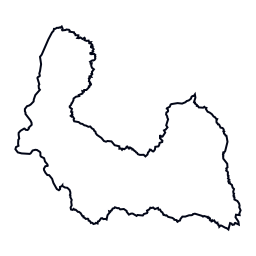 outline of Morales, Cauca, Colombia
{"feature_id": "7082276B40499260653390", "entity_name": "Morales", "entity_type": "district", "adm_level": 2, "iso_a3": "COL", "parent_name": "Colombia", "parent_adm1": "Cauca", "projection": "robinson", "projection_center": [-76.755, 2.844], "detail": "fine", "context": "isolated", "style": "outline", "palette": "ink", "viewbox_px": 256, "rotation_deg": 0, "n_neighbors": 0, "source": "geoboundaries", "source_scale": "gbopen_adm2", "svg_char_len": 5745}
<svg xmlns="http://www.w3.org/2000/svg" viewBox="0 0 256 256"><path d="M194.9,94.4L193.9,95.9L192.4,96.1L191.5,96.9L190.9,98.7L188.8,100.4L186.6,101.1L185.5,102.2L182.1,103.6L177.6,103.1L171.4,104.1L170.6,104.6L169.8,106.7L167.0,108.2L166.8,108.6L167.7,109.1L168.1,110.9L167.9,111.5L166.4,112.5L166.1,114.5L167.2,116.3L167.3,117.6L168.1,119.2L166.2,125.3L167.5,127.4L165.6,129.6L164.0,130.4L165.2,132.6L162.6,136.5L161.8,136.8L160.6,135.7L160.0,135.8L160.0,138.3L162.4,140.7L162.2,142.0L159.6,142.9L159.2,145.0L158.4,146.4L155.3,146.8L154.9,149.6L153.5,151.4L152.6,151.3L150.8,149.7L149.8,149.6L149.6,150.7L148.0,152.6L147.5,154.5L145.4,156.4L143.7,154.8L139.9,154.9L137.9,154.2L137.0,152.8L136.1,152.4L135.4,151.3L134.5,151.0L133.2,149.4L132.3,149.6L132.0,148.6L129.9,147.4L129.4,147.6L129.4,148.5L128.7,148.5L127.3,146.5L126.6,146.7L126.1,147.9L124.3,149.2L122.8,148.7L122.0,149.8L120.8,148.4L119.4,148.7L119.3,146.3L114.6,145.2L111.5,141.4L107.5,141.0L106.0,141.7L103.9,141.0L101.4,137.9L97.0,134.9L95.8,133.3L95.4,131.6L94.1,130.7L93.7,129.4L91.8,128.3L90.3,126.5L88.4,126.8L86.0,125.6L84.3,125.3L82.4,123.9L80.5,123.6L78.7,122.1L74.2,121.3L73.6,119.8L74.1,118.6L72.6,116.3L71.7,116.7L70.7,115.9L72.4,114.3L72.0,113.5L72.3,112.2L71.1,111.8L71.9,108.9L69.8,107.4L69.7,106.3L71.2,104.7L71.5,103.3L72.0,103.1L73.4,100.3L73.6,98.5L76.0,96.7L79.2,96.1L78.8,95.0L82.4,93.6L82.8,92.9L82.4,91.1L84.0,91.5L84.2,90.0L86.4,90.0L89.4,86.8L88.9,86.2L91.0,84.6L90.8,83.7L89.9,83.5L90.1,82.3L88.9,81.3L89.3,79.7L88.9,78.7L89.7,78.3L89.3,77.5L89.5,76.3L90.3,76.2L90.7,76.9L91.3,76.9L90.7,76.0L91.8,74.7L91.5,74.0L92.2,73.9L91.9,71.9L93.9,69.3L92.1,67.9L91.5,66.7L91.2,65.4L91.7,63.4L90.6,63.5L90.6,62.4L90.1,61.8L92.3,60.4L93.3,60.5L94.4,60.0L95.3,58.7L95.1,57.6L95.4,56.6L94.9,55.9L95.3,54.9L94.2,53.9L91.1,54.2L90.3,53.7L90.4,53.0L92.2,52.5L93.2,51.6L92.6,50.7L93.7,49.2L92.5,47.4L91.7,47.6L91.0,47.2L91.0,46.5L92.3,46.0L91.6,45.5L92.2,44.8L91.2,43.6L89.7,43.3L90.6,42.2L89.2,42.3L88.6,40.6L86.7,40.9L84.5,40.1L84.9,38.4L84.5,37.8L82.5,39.0L80.5,37.5L78.9,38.2L77.4,38.0L78.4,36.7L78.4,35.3L75.5,35.2L75.2,33.9L74.3,33.4L74.0,32.3L69.5,31.7L69.7,30.6L69.0,29.8L66.4,29.5L65.7,30.0L62.4,30.4L62.0,29.9L62.6,28.5L61.7,26.5L60.2,27.7L59.3,27.4L58.5,27.9L56.9,27.8L55.1,28.9L54.0,28.9L53.5,30.9L52.0,32.5L48.4,39.3L41.7,54.7L40.0,56.8L41.1,64.2L40.0,71.2L39.3,73.5L39.8,75.5L39.6,76.2L37.8,77.2L37.4,78.0L39.3,84.4L38.6,85.6L38.9,88.5L39.9,89.8L35.3,95.1L33.8,99.5L33.6,101.5L30.8,104.4L29.2,105.5L27.0,106.2L24.9,109.0L24.9,111.3L25.5,112.5L25.5,114.0L30.4,120.4L31.5,122.6L31.7,124.8L28.7,127.7L28.9,128.6L27.6,130.0L25.7,129.8L24.6,128.6L24.1,128.6L20.5,130.8L18.7,132.8L18.6,134.6L19.2,138.6L18.3,139.8L18.1,144.0L18.5,145.8L16.0,147.1L15.4,149.2L17.8,152.4L21.6,153.4L29.7,153.9L30.7,153.3L32.6,150.5L35.3,149.8L37.0,150.0L39.9,151.9L40.4,152.9L40.4,155.7L41.1,156.7L44.1,158.2L45.0,161.5L47.4,164.4L47.7,165.5L47.6,165.9L45.4,166.2L43.9,168.7L44.0,170.0L45.4,172.7L47.3,175.0L49.2,175.2L52.1,178.8L53.4,182.9L56.8,189.0L58.9,190.2L60.1,189.1L60.0,186.9L61.6,186.3L62.3,185.4L62.3,185.9L64.9,187.5L67.3,187.8L69.5,189.9L70.3,192.1L70.4,194.0L69.9,195.0L70.5,195.8L70.3,197.1L71.7,199.9L71.2,201.8L71.7,205.3L70.6,207.6L71.0,209.5L72.4,209.9L73.7,208.9L74.3,209.8L75.6,209.7L78.0,211.9L79.0,211.9L80.6,213.1L82.3,215.9L83.5,216.2L83.5,217.4L84.4,217.6L85.7,218.9L87.8,218.7L88.3,219.1L88.6,220.6L90.0,221.2L90.9,222.9L91.5,222.6L92.6,223.0L93.4,224.0L95.1,223.6L95.8,222.9L97.6,223.5L97.9,221.5L99.1,221.1L101.1,218.3L102.3,218.2L103.3,219.1L105.5,218.9L106.6,219.5L107.5,215.2L109.5,212.7L109.2,211.3L110.4,211.7L111.0,210.6L111.7,210.4L112.6,208.6L114.3,208.1L114.9,207.3L117.5,208.2L118.8,208.1L120.2,209.4L123.8,209.0L126.6,210.9L126.7,211.8L128.9,214.6L131.1,213.6L132.7,213.6L136.6,215.9L137.5,215.0L142.8,215.5L143.9,214.0L147.0,213.1L147.5,212.2L147.0,210.6L149.3,209.4L150.3,207.7L151.8,208.0L153.1,207.5L154.9,209.1L158.0,207.9L158.6,209.7L160.1,209.6L161.0,211.5L162.4,212.4L163.5,214.9L164.2,214.7L165.4,215.5L166.5,215.3L168.2,216.9L172.4,217.9L174.1,219.1L174.3,219.8L176.6,220.1L177.0,221.4L177.6,221.8L178.1,221.1L180.0,220.5L180.5,218.9L182.4,216.6L185.3,216.6L189.0,215.3L191.5,215.2L192.6,214.8L193.0,214.1L194.9,213.7L201.9,215.8L203.0,216.6L204.0,216.0L207.1,216.9L207.5,217.5L208.0,217.0L208.7,218.0L209.3,217.7L210.0,218.4L209.8,219.9L210.2,220.4L210.9,220.7L211.8,220.3L211.8,221.3L214.2,220.4L215.5,222.6L217.3,222.6L217.1,223.5L218.4,224.3L218.4,225.3L219.1,225.7L219.3,226.8L220.6,225.5L221.4,225.6L225.4,227.8L226.6,228.1L228.4,229.5L230.1,223.1L231.5,223.6L232.5,224.9L234.2,224.5L234.8,223.1L235.2,222.9L238.8,224.6L238.4,221.6L235.5,217.2L236.0,214.7L239.6,215.1L239.3,213.6L240.6,210.3L239.2,207.1L239.6,205.8L239.1,203.5L237.4,201.0L234.4,199.5L234.5,197.4L233.7,196.7L234.1,196.0L233.5,195.4L234.0,193.7L233.6,193.6L233.2,191.7L234.0,189.0L232.6,187.6L231.9,184.9L229.9,183.5L229.7,182.3L228.9,182.8L228.3,181.3L228.6,180.3L229.3,179.8L228.0,178.4L228.5,177.7L228.1,176.4L228.5,175.9L227.8,175.1L227.9,172.3L227.5,171.5L226.2,170.6L226.7,169.3L226.3,168.4L227.5,167.4L227.2,163.7L223.3,158.7L223.1,156.4L223.4,155.9L222.9,154.8L223.1,153.7L223.7,153.5L223.3,152.4L224.7,151.8L225.2,151.0L227.5,141.8L226.6,136.5L226.4,135.7L225.6,135.6L224.9,134.3L224.0,133.6L223.8,132.3L224.2,131.6L223.4,131.3L223.8,130.0L223.3,128.8L222.5,128.0L220.5,127.6L219.3,124.9L218.7,124.3L217.9,124.3L217.5,123.3L216.6,122.6L216.4,120.8L217.2,119.1L216.1,118.8L215.1,117.3L213.6,116.5L211.9,114.2L209.7,112.6L207.6,111.7L206.0,109.2L206.4,107.9L205.2,107.7L204.3,106.8L203.1,107.7L198.8,107.4L198.0,106.1L196.8,105.9L196.9,104.9L194.8,103.4L195.0,102.5L194.0,102.1L195.4,97.7L194.9,94.4Z" fill="none" stroke="#020617" stroke-width="2"/></svg>